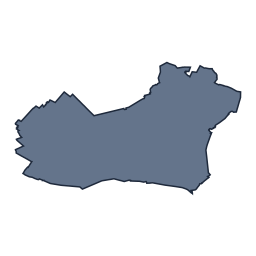 Oost Gelre, Gelderland, Netherlands (Equal Earth projection)
{"feature_id": "6326949B14746405768103", "entity_name": "Oost Gelre", "entity_type": "district", "adm_level": 2, "iso_a3": "NLD", "parent_name": "Netherlands", "parent_adm1": "Gelderland", "projection": "equal_earth", "projection_center": [6.593, 52.015], "detail": "fine", "context": "isolated", "style": "filled", "palette": "slate", "viewbox_px": 256, "rotation_deg": 0, "n_neighbors": 0, "source": "geoboundaries", "source_scale": "gbopen_adm2", "svg_char_len": 4869}
<svg xmlns="http://www.w3.org/2000/svg" viewBox="0 0 256 256"><path d="M192.4,193.5L192.4,193.0L192.3,192.7L192.2,192.0L192.2,191.7L191.9,191.3L191.7,191.2L191.3,190.8L191.1,190.5L195.1,189.9L195.5,189.7L195.8,189.5L196.3,189.0L197.5,187.4L197.7,187.1L197.9,186.8L199.1,185.4L199.3,185.0L199.5,184.5L199.5,184.2L199.8,183.7L200.7,183.8L201.1,183.8L201.7,183.3L201.8,183.4L202.3,183.0L202.2,182.8L202.3,182.8L203.9,181.4L204.9,180.5L205.5,180.1L207.7,178.2L207.8,178.3L208.9,177.4L207.7,176.4L208.0,176.3L208.4,176.2L208.6,176.1L209.1,175.7L209.5,175.4L210.2,174.8L209.3,173.7L209.2,173.7L208.5,172.7L208.4,172.7L206.7,156.9L206.3,153.5L205.9,150.0L206.2,148.8L206.7,146.5L207.3,144.5L208.5,141.1L209.3,138.9L209.6,138.0L210.6,135.3L211.2,133.9L210.6,133.6L211.3,133.1L211.5,132.8L211.6,132.7L210.9,132.4L210.5,132.2L210.4,132.0L210.1,131.6L209.7,131.5L209.5,131.0L209.3,130.8L209.3,130.5L209.2,130.2L208.7,130.1L208.7,129.8L208.8,129.5L209.2,129.4L209.7,129.3L209.9,129.0L209.8,128.7L210.0,128.6L210.8,128.8L211.3,129.2L211.6,129.3L213.3,128.4L213.7,128.2L213.7,127.9L213.6,127.7L214.3,127.6L214.9,127.6L215.2,127.1L215.5,126.8L215.5,126.7L215.4,126.4L215.2,126.3L215.0,126.2L215.3,125.5L215.7,125.1L215.8,125.0L219.4,122.7L225.0,118.5L226.9,116.2L228.8,114.2L228.3,114.0L228.5,113.6L228.8,113.4L229.0,113.0L229.9,112.4L230.6,111.7L230.8,111.6L231.0,111.5L231.4,111.5L231.5,111.4L231.9,111.4L232.2,111.4L232.4,111.4L233.0,111.7L233.5,112.2L236.3,112.0L236.7,110.6L236.9,109.9L237.6,107.5L237.7,107.2L238.9,103.0L239.5,100.9L239.6,100.5L239.7,100.4L240.5,97.5L240.6,91.9L236.8,91.3L231.5,88.3L229.8,87.6L227.6,86.7L227.0,86.5L225.6,86.3L224.3,85.9L224.0,85.8L223.2,85.7L222.9,85.5L223.0,85.4L219.7,84.5L219.4,84.7L218.7,84.7L218.6,84.8L215.7,83.4L215.4,83.2L215.5,83.2L214.9,82.9L214.9,82.5L214.8,82.3L214.9,82.1L216.4,80.0L216.9,79.6L217.0,79.4L217.0,78.2L216.9,77.0L216.9,76.2L216.8,76.3L216.9,75.6L216.8,75.4L216.1,73.6L215.4,73.0L214.6,72.6L213.6,71.0L213.0,70.6L212.4,69.3L212.3,69.2L212.2,69.0L212.1,68.8L212.1,68.7L209.2,68.7L207.5,68.4L205.7,68.0L205.3,68.0L204.7,68.1L204.4,68.1L203.8,67.8L200.1,65.8L198.7,68.4L198.3,69.1L196.6,72.3L192.2,71.8L189.9,76.7L189.6,76.2L187.6,75.5L187.5,75.3L185.0,72.7L185.5,72.4L185.4,72.4L185.0,71.9L185.3,71.5L185.6,71.3L185.7,71.2L188.8,71.5L190.4,67.2L184.5,67.1L182.7,67.3L182.3,67.2L182.2,67.2L181.9,67.4L177.9,68.0L177.6,68.1L177.4,68.0L177.1,67.9L175.3,65.8L175.1,65.6L169.5,63.7L169.2,63.6L166.9,62.5L160.0,66.2L160.2,68.3L160.2,68.5L160.2,68.8L160.3,69.6L160.4,71.8L160.4,72.1L160.3,72.5L160.0,73.3L158.5,77.5L158.4,77.7L158.3,78.1L158.4,78.4L159.1,81.1L159.4,82.6L159.5,82.7L159.2,82.8L157.5,83.8L157.1,84.6L156.6,84.8L155.5,84.6L155.3,84.9L155.2,85.0L153.3,85.7L152.8,85.9L151.8,87.3L151.5,87.6L151.2,87.9L150.8,88.2L150.7,88.3L150.5,88.7L150.2,89.4L150.2,89.6L150.6,92.3L150.2,92.3L149.8,92.9L149.7,93.0L150.0,93.2L150.3,93.8L149.7,94.1L148.9,94.4L144.9,95.4L145.1,95.7L144.8,95.8L144.7,96.0L144.3,96.3L144.5,96.4L144.7,96.5L144.6,97.0L144.5,97.3L144.5,97.8L144.4,98.0L144.2,98.1L144.2,98.5L143.0,98.8L141.1,99.8L135.5,103.2L128.7,107.3L126.0,108.0L126.0,108.5L126.2,109.2L124.8,109.5L124.5,109.5L124.2,109.3L123.9,108.8L123.8,108.5L107.3,112.5L94.0,115.7L93.3,115.0L89.2,111.0L86.6,108.4L84.7,106.4L83.4,105.1L83.2,105.0L79.0,100.7L78.9,100.7L78.7,100.5L72.6,94.3L70.2,96.7L64.2,92.0L55.2,102.5L50.0,100.0L48.5,102.4L47.3,101.8L46.4,102.8L46.8,103.3L45.5,104.6L45.7,104.9L43.7,106.9L42.5,104.8L39.2,108.1L36.0,106.1L33.4,108.4L33.2,108.3L31.8,109.7L24.0,118.3L23.9,118.4L21.1,121.4L19.3,120.5L19.4,120.2L18.3,120.0L17.2,121.4L15.5,123.3L15.5,123.5L15.4,123.7L15.5,124.1L15.7,124.3L15.9,124.4L17.4,125.2L17.2,125.3L17.4,125.5L18.2,126.0L16.8,127.3L17.7,127.8L16.5,128.9L18.8,130.4L18.0,130.6L18.0,130.8L18.0,132.0L19.1,133.6L19.8,135.3L21.7,137.4L17.3,138.9L16.4,139.3L16.9,140.2L17.3,140.6L23.5,146.0L15.4,149.7L15.4,149.8L16.2,151.4L16.2,152.8L16.2,153.0L21.5,156.0L28.2,159.7L30.6,161.1L30.9,161.3L31.4,161.7L31.7,161.7L28.1,167.4L27.6,167.1L24.8,170.3L24.5,170.9L23.9,172.0L23.0,173.5L23.6,173.8L25.1,174.9L29.1,176.7L29.4,176.8L31.2,177.1L32.0,177.2L32.5,177.4L33.0,177.6L34.6,178.4L36.0,178.9L37.3,179.4L38.7,179.6L39.3,178.9L42.9,180.3L42.8,180.5L43.9,180.4L43.9,180.7L50.4,183.5L60.7,185.2L61.4,185.3L70.8,186.1L72.8,186.3L79.8,186.9L81.8,188.6L82.4,189.1L101.8,180.8L106.6,180.0L109.5,179.5L109.8,179.5L113.8,178.8L114.0,178.8L120.3,180.5L120.6,180.5L124.2,181.5L129.0,180.2L129.5,180.2L130.3,180.3L130.9,180.5L131.3,180.8L131.1,181.0L139.7,181.3L143.6,182.1L144.9,181.9L146.0,181.5L146.4,181.8L146.7,183.2L149.9,183.1L150.7,183.0L150.8,182.9L151.6,182.9L152.5,182.8L154.1,183.1L165.0,185.1L171.7,186.0L176.0,186.6L182.3,187.6L185.9,188.9L187.5,189.6L190.1,191.8L190.4,192.1L190.7,192.2L190.6,192.3L191.2,192.8L191.5,193.0L192.3,193.4L192.4,193.5Z" fill="#64748b" stroke="#1e293b" stroke-width="1.5"/></svg>